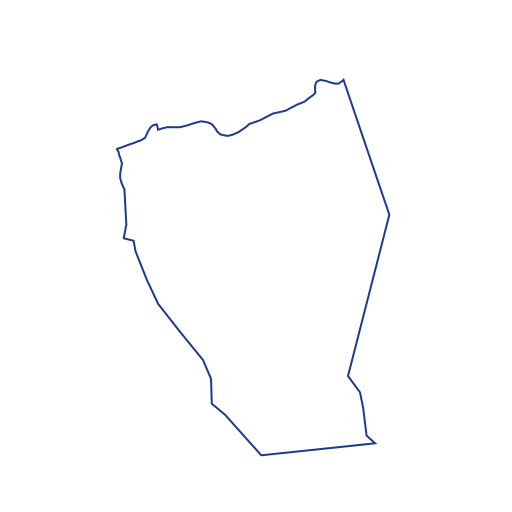 outline of Savannes George/Constitution Park, Choiseul, Saint Lucia, rotated 104°
{"feature_id": "8701671B67888908023489", "entity_name": "Savannes George/Constitution Park", "entity_type": "district", "adm_level": 2, "iso_a3": "LCA", "parent_name": "Saint Lucia", "parent_adm1": "Choiseul", "projection": "mercator", "projection_center": [-61.052, 13.779], "detail": "fine", "context": "isolated", "style": "outline", "palette": "blue", "viewbox_px": 512, "rotation_deg": 104, "n_neighbors": 0, "source": "geoboundaries", "source_scale": "gbopen_adm2", "svg_char_len": 1192}
<svg xmlns="http://www.w3.org/2000/svg" viewBox="0 0 512 512"><g transform="rotate(104 256 256)"><path d="M409.7,97.3L408.9,95.2L403.5,105.3L377.4,115.3L363.2,122.1L350.2,137.7L185.2,136.6L183.7,136.6L113.4,181.9L63.9,213.7L65.3,214.6L68.9,217.8L69.7,221.8L69.6,227.0L69.2,230.2L69.6,236.2L72.4,239.5L76.3,239.9L81.1,238.7L83.1,237.9L85.5,239.1L89.8,242.7L94.6,246.3L98.9,252.4L108.1,262.8L113.6,273.9L123.9,285.7L127.0,290.6L129.4,294.3L133.2,296.9L140.1,303.0L144.3,308.5L146.3,312.6L146.6,315.9L146.6,320.1L144.4,324.1L142.4,325.8L139.1,330.2L138.3,332.8L138.1,335.7L138.3,339.4L138.7,342.1L141.9,347.9L146.1,354.7L149.4,360.8L150.7,365.9L152.5,373.3L155.1,378.3L157.2,381.6L153.9,383.2L152.3,384.1L153.9,387.3L156.3,389.3L161.4,391.0L165.1,391.6L168.3,392.3L172.0,396.2L172.9,397.8L175.2,400.8L179.3,407.2L184.1,414.1L185.3,416.3L186.2,416.8L188.1,414.6L191.0,413.3L193.7,411.4L196.0,410.1L198.6,408.4L200.9,408.3L208.3,407.8L213.1,406.7L217.2,404.4L220.0,402.4L223.1,399.8L257.0,389.4L270.8,388.6L270.8,378.5L280.6,374.0L305.6,356.1L326.2,339.3L348.0,311.3L369.8,282.2L386.1,269.9L410.0,263.2L417.6,247.5L448.1,202.7L409.7,97.3Z" fill="none" stroke="#1e3a8a" stroke-width="2"/></g></svg>